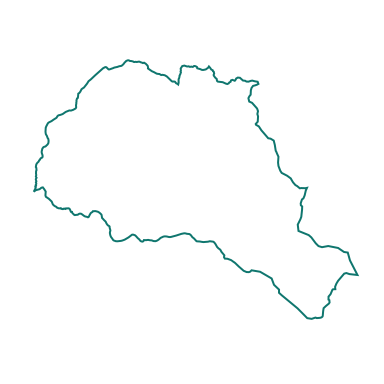 Luncoiu De Jos, Hunedoara, Romania, rotated 175°
{"feature_id": "2599482B97743802111601", "entity_name": "Luncoiu De Jos", "entity_type": "district", "adm_level": 2, "iso_a3": "ROU", "parent_name": "Romania", "parent_adm1": "Hunedoara", "projection": "albers", "projection_center": [22.778, 46.083], "detail": "fine", "context": "isolated", "style": "outline", "palette": "teal", "viewbox_px": 384, "rotation_deg": 175, "n_neighbors": 0, "source": "geoboundaries", "source_scale": "gbopen_adm2", "svg_char_len": 6053}
<svg xmlns="http://www.w3.org/2000/svg" viewBox="0 0 384 384"><g transform="rotate(175 192 192)"><path d="M190.7,318.3L192.5,316.0L192.5,313.8L192.9,313.0L192.6,312.2L193.4,310.4L194.3,308.9L194.4,308.0L195.0,306.3L195.5,305.6L195.6,304.7L195.8,302.0L196.4,300.3L197.0,300.9L198.4,301.8L199.3,303.3L200.4,303.7L201.4,303.6L202.5,304.1L207.0,309.3L209.0,310.7L211.2,311.3L212.5,311.2L214.2,312.4L215.5,312.6L216.9,313.0L219.4,314.7L221.4,315.8L225.1,318.9L224.9,319.9L225.2,321.7L226.9,323.8L228.5,325.0L229.6,324.7L229.8,324.8L230.9,325.4L231.6,325.6L233.0,326.4L233.9,326.5L235.7,326.3L236.7,326.6L238.2,326.5L238.6,326.6L239.0,327.0L240.3,327.5L241.3,327.8L242.3,327.9L243.4,328.6L244.2,328.8L245.2,328.6L246.4,328.1L246.8,327.6L247.9,326.8L248.7,325.8L249.8,324.8L251.1,323.9L252.0,323.7L252.7,323.7L253.6,323.6L255.5,323.1L258.7,322.7L259.3,322.4L263.6,321.3L264.4,321.4L264.8,321.8L266.4,323.7L267.5,324.0L269.7,323.1L278.3,316.7L283.1,312.9L285.4,311.4L287.1,309.1L290.5,305.5L291.8,304.8L293.1,304.0L294.5,301.7L295.6,300.5L296.7,299.9L297.3,296.5L297.6,295.6L298.4,295.2L298.7,294.4L299.1,293.4L299.2,291.9L299.5,291.1L299.5,290.3L300.0,288.5L300.0,286.6L300.1,286.1L300.9,285.2L301.8,284.9L302.9,284.3L305.3,283.7L307.2,283.9L310.8,282.8L314.1,280.9L316.4,280.3L318.4,280.0L319.5,279.2L320.3,278.0L320.8,277.6L323.7,276.1L325.7,274.9L328.7,273.7L329.6,273.0L331.4,270.2L332.1,268.8L332.7,264.7L332.6,262.7L332.5,262.2L331.7,260.6L331.1,258.3L330.6,257.6L330.5,256.9L330.4,255.4L330.8,253.3L331.4,252.4L332.0,251.7L333.0,251.0L333.6,250.4L334.1,250.1L335.0,250.0L336.1,249.6L337.1,248.5L337.5,247.8L337.8,246.6L338.1,246.0L338.3,244.8L338.2,243.7L337.7,241.7L337.7,240.7L337.8,240.0L338.2,239.4L338.9,239.2L339.8,238.7L340.3,238.2L340.5,237.6L341.5,236.8L342.2,235.6L343.6,234.5L344.7,233.1L345.4,230.5L345.0,229.7L345.0,227.3L345.5,226.4L345.8,223.9L345.7,222.8L345.7,222.3L346.2,221.1L346.1,220.7L345.6,219.7L346.4,218.6L346.5,218.1L346.4,217.5L346.2,216.8L346.1,216.2L346.6,215.5L346.7,215.0L346.4,214.4L346.4,213.8L346.6,213.3L347.1,212.6L347.2,212.2L346.8,211.9L346.9,211.6L347.5,211.1L347.7,210.8L347.3,210.2L347.3,209.8L349.6,206.1L347.5,207.4L343.6,208.1L341.6,209.4L340.2,209.6L339.1,207.9L337.7,205.2L338.3,201.4L338.0,200.0L335.2,197.7L332.6,194.7L331.7,191.8L330.8,190.7L329.6,189.7L328.4,189.0L327.9,188.2L326.3,187.4L324.7,187.2L323.9,186.8L323.8,187.1L323.6,187.0L322.8,186.4L322.2,186.2L321.9,186.2L321.1,186.6L319.5,186.1L319.3,186.2L319.3,186.6L318.8,186.6L316.5,186.5L316.4,186.4L315.6,186.1L315.2,185.4L314.9,184.6L314.4,182.9L314.2,182.7L313.3,182.6L313.3,182.2L313.1,181.7L312.8,181.2L311.2,179.4L310.7,179.2L309.4,179.3L307.8,179.3L306.8,179.9L306.0,180.2L305.3,180.2L304.4,180.0L303.8,179.6L301.7,177.7L300.7,177.0L298.3,176.2L298.0,175.9L297.6,175.9L297.2,176.1L296.8,176.6L296.3,177.5L294.8,179.7L294.1,180.2L292.9,180.8L292.4,181.5L291.9,181.5L289.6,181.3L287.4,180.5L286.3,179.7L285.2,178.6L284.3,177.5L284.1,177.1L283.9,174.6L283.8,173.9L283.1,173.1L282.0,171.6L280.6,170.0L280.1,168.6L279.9,168.0L279.0,166.5L278.7,166.1L278.2,165.8L277.3,165.1L277.1,164.7L277.2,164.4L277.1,163.3L276.7,161.2L276.7,160.5L277.1,159.6L277.4,158.4L277.2,156.3L277.0,155.5L276.7,154.5L276.2,153.6L275.6,152.7L274.7,151.0L274.1,150.5L272.1,149.6L270.4,149.4L267.0,149.5L265.7,149.7L263.2,150.4L259.2,152.3L255.9,154.4L255.4,154.7L254.8,154.7L254.2,154.6L252.6,153.9L251.8,153.1L250.0,150.7L248.7,149.4L247.8,148.0L247.3,147.5L246.5,147.1L245.7,146.9L245.4,146.9L244.9,147.2L244.5,147.5L244.1,148.3L241.9,148.0L241.0,148.1L239.8,148.1L238.1,147.6L236.3,147.3L234.7,146.5L232.8,146.2L231.7,146.4L230.6,146.8L229.0,147.7L227.3,149.0L224.6,150.0L223.4,150.2L222.4,150.1L221.1,149.9L219.0,149.2L217.8,149.0L216.6,149.1L211.5,150.0L206.3,151.2L203.8,151.5L202.8,151.5L201.7,151.2L200.7,150.8L198.5,150.4L197.9,150.1L196.8,149.0L195.6,147.0L194.1,145.6L191.8,142.6L191.2,142.4L188.5,142.0L186.7,141.5L184.9,141.1L180.3,141.1L178.6,141.4L175.4,140.7L174.9,140.5L174.1,139.6L173.1,138.0L171.8,135.1L170.5,133.5L169.3,132.5L168.6,131.6L168.0,130.0L165.3,126.1L165.8,124.3L165.1,122.8L162.5,122.4L159.1,120.8L155.3,117.6L151.8,113.6L147.4,109.0L144.6,107.5L142.3,107.2L140.9,107.6L139.5,108.8L131.1,106.6L120.2,98.9L118.4,92.4L113.8,87.2L114.1,84.0L111.5,81.2L97.0,66.9L88.2,56.3L83.8,55.2L80.2,56.1L79.7,56.1L79.0,55.6L78.4,55.5L75.4,55.5L73.9,55.8L73.6,56.0L72.9,56.5L72.7,56.8L72.5,57.5L71.7,62.0L71.0,64.8L68.6,66.7L65.4,68.9L64.6,69.9L64.6,72.3L65.4,72.9L65.1,75.9L62.9,78.1L60.6,82.4L60.0,82.8L57.7,82.7L57.7,85.1L56.1,88.2L54.2,90.8L47.5,97.4L45.3,97.8L42.3,96.5L34.4,94.9L40.6,110.1L42.1,118.1L45.8,119.0L51.3,123.5L61.0,126.3L67.3,125.7L70.7,127.1L73.2,130.1L77.1,136.4L79.5,138.9L89.3,143.9L89.5,150.3L86.5,155.2L85.3,157.7L83.9,164.8L83.5,168.0L84.7,169.3L84.7,171.2L83.1,175.0L81.6,175.9L80.1,178.7L78.5,183.6L77.1,186.1L78.7,185.9L82.9,186.4L84.3,186.3L86.7,188.7L88.4,189.9L90.5,192.8L91.8,195.5L92.4,196.9L95.8,199.9L101.0,203.2L102.2,205.5L103.6,210.4L103.7,213.8L102.8,219.6L104.0,223.0L104.5,224.7L105.0,225.8L105.4,231.7L106.1,236.1L109.1,238.3L111.4,238.9L114.6,243.4L117.5,247.4L119.7,251.5L122.4,253.4L122.6,254.2L120.4,256.3L119.6,261.6L120.1,264.0L119.2,266.8L119.9,269.5L124.4,275.6L127.1,277.1L127.6,280.4L127.4,281.0L126.3,282.6L125.1,283.8L124.5,288.2L123.6,290.5L121.9,292.4L119.5,292.8L117.7,293.3L116.4,293.9L117.0,296.1L119.7,296.8L122.2,297.7L123.6,297.6L126.2,297.0L128.2,297.3L129.4,298.2L131.5,298.6L134.3,301.6L136.4,302.0L138.1,301.2L138.7,300.1L139.7,299.1L142.0,300.2L143.4,299.8L144.0,298.4L145.3,297.9L146.0,297.0L147.4,296.5L148.8,297.0L151.8,298.7L156.6,299.7L157.2,300.2L157.5,301.2L157.5,302.4L158.9,303.9L160.2,306.1L160.2,306.9L159.6,308.0L159.9,310.0L160.6,310.5L160.7,311.4L162.2,312.4L163.1,314.1L164.2,315.6L165.1,314.4L167.6,312.9L170.1,312.6L171.3,312.7L173.1,313.7L176.0,314.8L176.1,316.0L177.3,316.9L178.4,317.3L179.1,317.3L180.1,316.6L180.8,316.6L181.8,317.0L183.1,316.8L184.4,317.5L185.1,317.4L186.1,317.5L188.6,318.6L190.7,318.3Z" fill="none" stroke="#0f766e" stroke-width="2"/></g></svg>